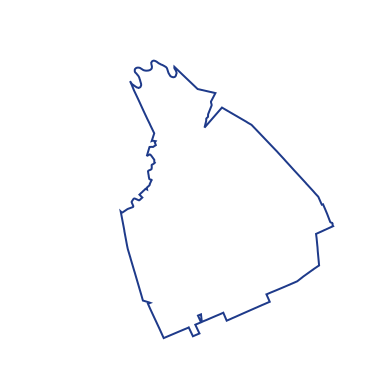 the district of Jiménez, Tamaulipas, Mexico, rotated 147°
{"feature_id": "50627088B38667494572477", "entity_name": "Jiménez", "entity_type": "district", "adm_level": 2, "iso_a3": "MEX", "parent_name": "Mexico", "parent_adm1": "Tamaulipas", "projection": "orthographic", "projection_center": [-98.515, 24.206], "detail": "fine", "context": "isolated", "style": "outline", "palette": "blue", "viewbox_px": 384, "rotation_deg": 147, "n_neighbors": 0, "source": "geoboundaries", "source_scale": "gbopen_adm2", "svg_char_len": 4028}
<svg xmlns="http://www.w3.org/2000/svg" viewBox="0 0 384 384"><g transform="rotate(147 192 192)"><path d="M105.5,215.9L107.5,219.8L108.1,221.2L112.4,229.7L115.1,235.0L120.9,246.5L146.4,239.2L141.7,243.6L141.4,243.9L140.1,245.7L139.4,246.0L137.9,246.2L137.4,246.6L136.2,248.4L128.4,253.9L127.9,254.7L127.4,256.4L127.0,257.3L126.7,257.6L126.3,257.8L118.5,262.2L131.2,275.3L136.2,296.3L138.6,306.6L138.9,306.2L139.3,305.5L139.4,304.9L139.4,304.2L139.4,303.7L139.4,303.1L139.5,302.3L139.9,300.7L140.2,300.0L140.6,299.7L141.3,299.2L142.1,298.4L143.1,298.0L143.9,297.9L145.0,298.3L146.0,299.2L146.1,299.4L146.9,300.7L147.0,301.3L146.9,304.5L146.5,306.1L145.7,309.0L145.6,310.0L145.8,311.0L146.6,312.7L147.7,314.7L148.4,315.6L148.6,315.9L149.4,317.5L149.8,318.0L149.9,318.3L150.6,320.3L151.3,321.6L151.9,322.4L152.5,323.0L153.1,323.2L153.5,323.3L154.0,323.3L154.4,323.3L155.2,322.9L155.8,322.6L156.2,321.8L156.5,321.2L157.0,319.7L157.3,319.0L157.6,318.6L158.2,317.8L159.1,317.3L160.0,317.2L161.1,317.2L162.8,317.8L164.5,318.8L165.5,319.7L166.3,320.6L166.8,321.6L167.3,322.8L167.8,323.8L168.0,324.3L168.5,324.9L168.6,325.0L169.0,325.3L169.6,325.8L170.8,326.3L171.2,326.4L171.4,326.3L171.8,326.3L172.2,326.3L172.9,326.1L173.5,325.6L174.3,324.3L174.5,323.3L174.1,321.6L174.0,320.2L173.8,319.2L173.8,317.8L174.0,316.4L174.3,315.6L174.6,314.2L175.0,313.1L175.4,311.7L175.7,310.7L176.0,310.0L176.6,309.1L178.0,308.2L178.6,308.1L179.4,308.2L180.1,308.4L180.1,308.5L181.2,309.6L182.1,311.5L182.3,312.1L182.6,312.8L182.9,313.6L183.5,315.0L183.6,315.9L183.6,317.3L183.6,318.7L184.2,314.7L185.3,308.9L186.3,301.3L186.9,297.0L187.9,290.3L188.5,286.2L189.7,277.5L190.4,271.6L190.5,271.2L191.0,267.3L191.7,261.8L198.0,256.7L197.5,256.6L197.1,256.5L194.8,254.4L196.2,253.8L196.8,251.0L200.2,251.0L201.0,251.7L202.9,252.8L203.1,252.5L203.5,252.6L204.3,251.9L209.8,247.2L209.5,246.7L209.1,246.7L206.9,246.5L206.4,245.2L206.3,243.6L206.1,239.6L207.3,237.6L207.2,236.8L208.6,236.6L209.9,236.6L210.2,236.6L210.5,236.7L210.9,236.7L211.2,236.5L211.6,235.9L212.1,234.9L212.6,234.2L212.8,234.0L213.3,233.4L213.8,233.2L215.1,233.3L216.6,233.6L217.1,233.6L217.7,233.2L219.0,230.3L219.1,230.0L219.4,229.3L219.7,228.8L220.7,226.3L220.7,226.1L220.6,225.9L220.3,225.3L220.2,225.2L219.3,224.3L219.3,224.0L219.8,223.8L223.2,221.6L223.3,221.3L224.0,220.8L224.5,220.7L227.1,220.3L227.4,220.2L227.7,219.9L228.3,218.6L228.4,218.8L229.2,220.0L230.5,219.7L231.5,219.5L232.5,219.4L233.1,219.2L235.6,218.8L236.3,218.7L236.9,218.5L237.5,218.4L236.8,214.8L236.7,214.4L240.1,213.8L240.6,213.8L240.8,213.8L241.1,214.0L241.5,214.6L243.2,217.2L243.5,217.6L243.8,217.9L244.4,218.1L245.0,218.0L247.7,216.8L247.9,216.7L248.2,216.3L248.9,212.2L249.1,211.9L249.3,211.7L249.6,211.6L250.0,211.6L254.7,212.7L255.7,212.8L261.3,212.7L261.8,212.8L262.1,213.2L262.4,214.5L268.1,200.5L269.8,196.4L270.0,196.1L275.7,182.3L276.9,179.2L279.7,169.7L279.8,169.5L283.7,156.3L283.7,156.2L288.8,139.2L290.6,133.2L292.3,127.7L290.4,125.5L288.0,122.6L287.4,121.8L289.8,122.3L290.6,117.4L290.8,116.1L292.3,105.5L292.8,101.8L292.9,101.2L293.7,95.4L295.3,84.9L278.8,82.0L273.3,81.0L270.0,80.4L268.9,80.2L268.5,80.2L269.6,72.0L269.8,70.5L269.2,70.4L262.8,69.3L262.7,70.2L261.5,78.9L255.4,77.8L254.3,85.1L251.1,84.5L254.5,77.7L252.1,77.3L249.1,76.7L247.8,76.5L239.7,75.1L235.3,74.3L231.5,73.7L233.0,65.2L228.9,64.5L226.8,64.2L223.9,63.7L214.4,62.2L210.1,61.5L194.8,59.0L194.6,59.0L193.7,58.8L186.6,57.6L185.3,65.6L184.9,65.5L180.7,64.8L174.9,63.7L167.1,62.3L152.4,59.8L144.5,60.5L131.3,61.1L125.4,61.2L118.7,74.0L116.8,77.4L116.1,78.8L112.6,85.5L110.8,89.3L103.0,88.1L102.2,88.0L92.2,86.5L92.2,87.5L91.3,89.0L91.3,89.7L92.1,90.7L92.4,91.6L90.6,100.0L89.7,105.0L88.8,110.3L90.0,110.6L89.9,111.7L88.7,119.0L88.7,119.6L88.8,120.0L89.3,122.8L89.7,125.4L89.7,125.7L91.4,135.9L91.6,136.7L91.6,137.3L93.9,150.9L94.6,154.9L94.7,155.6L95.7,161.8L96.3,165.4L96.6,167.2L96.9,169.3L97.0,169.9L98.4,178.1L98.6,179.5L99.0,181.5L102.2,198.4L103.0,202.7L105.5,215.9Z" fill="none" stroke="#1e3a8a" stroke-width="2"/></g></svg>